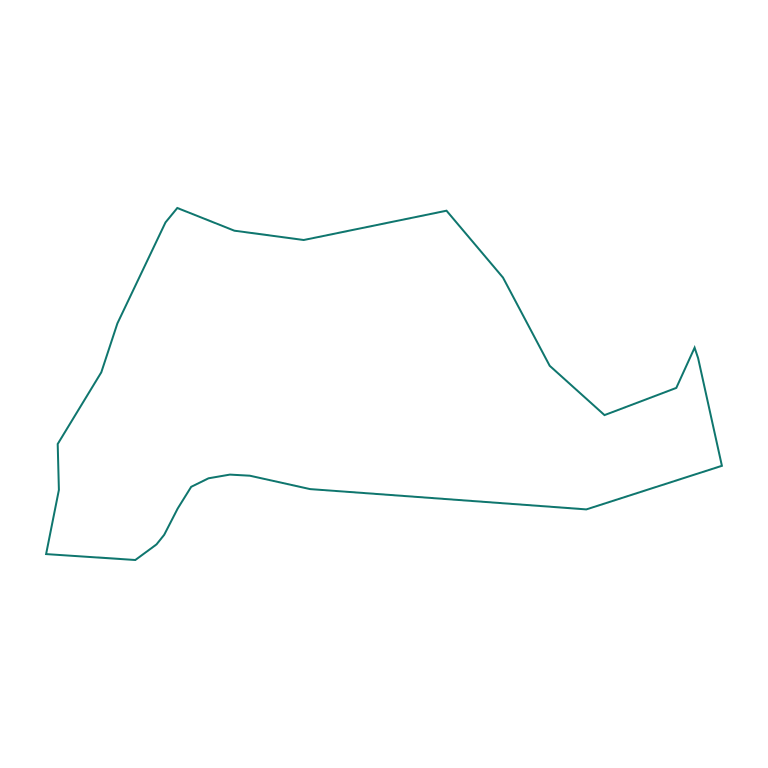 the Municipality of Jezersko
{"feature_id": "SVN-237", "entity_name": "Jezersko", "entity_type": "Municipality", "adm_level": 1, "iso_a3": "SVN", "parent_name": "Slovenia", "parent_adm1": "", "projection": "robinson", "projection_center": [14.473, 46.385], "detail": "fine", "context": "isolated", "style": "outline", "palette": "teal", "viewbox_px": 768, "rotation_deg": 0, "n_neighbors": 0, "source": "natural_earth", "source_scale": "10m", "svg_char_len": 460}
<svg xmlns="http://www.w3.org/2000/svg" viewBox="0 0 768 768"><path d="M604.5,415.1L676.3,387.9L694.6,347.7L698.1,358.1L721.9,465.8L586.3,509.4L310.1,489.1L249.8,475.7L229.9,474.6L208.5,478.3L191.2,486.8L177.7,508.5L164.2,534.8L156.5,544.4L135.3,560.0L46.1,554.1L58.9,489.9L57.7,444.0L101.3,372.3L117.4,323.4L165.5,222.4L177.3,208.0L234.4,230.7L303.7,240.0L446.5,210.7L503.0,277.6L549.7,365.8L604.5,415.1Z" fill="none" stroke="#0f766e" stroke-width="2"/></svg>